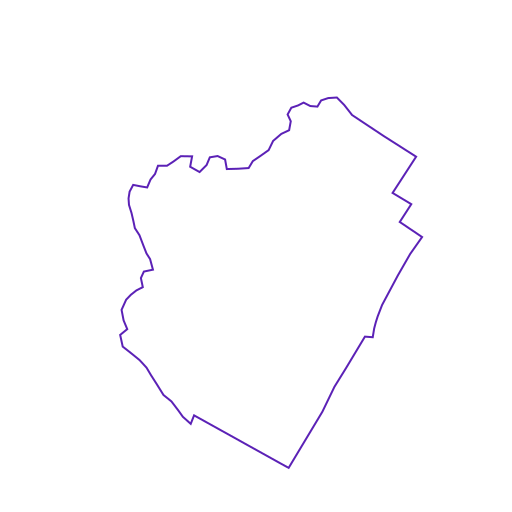 outline of Paulo Bento, Rio Grande do Sul, Brazil, rotated 121°
{"feature_id": "56859067B85651133554571", "entity_name": "Paulo Bento", "entity_type": "district", "adm_level": 2, "iso_a3": "BRA", "parent_name": "Brazil", "parent_adm1": "Rio Grande do Sul", "projection": "mercator", "projection_center": [-52.399, -27.718], "detail": "fine", "context": "isolated", "style": "outline", "palette": "violet", "viewbox_px": 512, "rotation_deg": 121, "n_neighbors": 0, "source": "geoboundaries", "source_scale": "gbopen_adm2", "svg_char_len": 1273}
<svg xmlns="http://www.w3.org/2000/svg" viewBox="0 0 512 512"><g transform="rotate(121 256 256)"><path d="M154.2,123.4L152.8,150.3L131.6,149.6L131.6,171.4L88.4,169.9L87.4,208.1L85.7,246.2L81.1,258.2L78.5,268.3L83.4,275.4L89.1,280.3L96.3,280.3L99.5,286.7L100.0,294.2L105.3,297.5L110.7,302.1L118.4,301.8L122.6,295.6L131.1,292.4L138.3,297.2L148.5,300.6L158.7,299.7L168.5,304.0L176.3,307.6L184.4,307.6L190.5,316.4L196.5,325.8L189.2,332.2L190.1,340.4L195.2,346.4L203.5,345.2L213.1,347.6L213.4,358.4L203.5,362.1L209.2,371.9L217.5,375.4L224.5,378.8L229.1,386.5L237.7,384.8L244.7,385.8L253.3,384.6L255.9,391.2L258.3,397.9L265.9,397.5L272.3,394.9L277.6,391.2L283.3,384.8L289.2,379.1L294.5,374.2L298.2,366.6L305.2,357.7L310.2,351.2L313.2,345.2L320.8,337.3L327.1,344.1L334.2,343.3L341.0,337.0L347.1,340.8L353.7,343.3L360.3,344.8L371.4,343.5L379.4,336.3L385.0,328.7L393.6,331.8L402.3,323.6L403.9,311.1L405.2,302.1L408.1,292.3L412.3,284.5L417.0,275.0L422.8,263.7L424.2,253.6L428.5,242.8L431.5,235.9L433.5,225.5L424.5,227.0L421.2,129.0L420.8,118.9L394.3,118.9L377.1,118.9L366.7,118.9L355.3,118.9L327.7,121.4L305.8,121.1L269.0,121.1L265.5,114.1L257.2,117.4L251.0,119.2L245.1,120.6L233.0,122.7L199.5,124.4L174.8,124.9L154.2,123.4Z" fill="none" stroke="#5b21b6" stroke-width="2"/></g></svg>